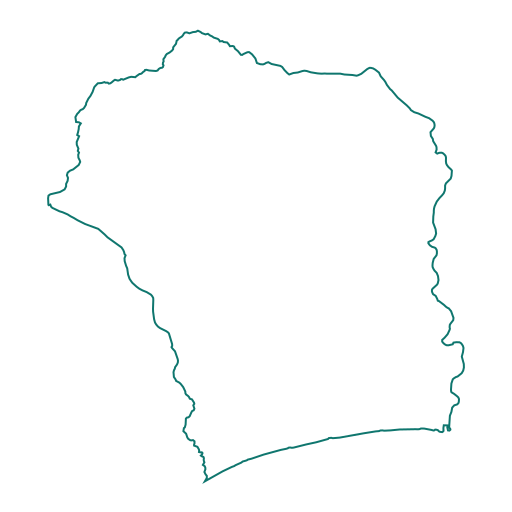 Uatucarbau, Viqueque, East Timor
{"feature_id": "22284137B52677210689185", "entity_name": "Uatucarbau", "entity_type": "district", "adm_level": 2, "iso_a3": "TLS", "parent_name": "East Timor", "parent_adm1": "Viqueque", "projection": "mercator", "projection_center": [126.683, -8.704], "detail": "fine", "context": "isolated", "style": "outline", "palette": "teal", "viewbox_px": 512, "rotation_deg": 0, "n_neighbors": 0, "source": "geoboundaries", "source_scale": "gbopen_adm2", "svg_char_len": 5922}
<svg xmlns="http://www.w3.org/2000/svg" viewBox="0 0 512 512"><path d="M48.4,204.8L48.8,205.2L50.3,204.6L51.1,206.7L52.4,207.9L59.5,211.3L62.5,212.2L67.6,214.4L70.6,216.3L73.7,217.9L77.5,220.2L85.3,224.1L98.3,228.9L104.6,234.4L107.5,237.3L121.5,247.4L123.3,250.1L124.1,252.1L124.5,254.0L125.6,255.3L124.5,258.2L124.7,261.2L126.1,265.8L127.2,268.3L128.1,274.6L128.7,276.3L129.5,278.7L131.0,281.0L132.3,282.8L136.6,286.7L139.3,288.7L142.5,290.4L146.7,292.1L151.0,294.7L152.3,296.3L153.2,298.0L153.3,300.0L153.0,308.8L153.1,311.7L154.1,319.2L155.0,322.5L156.2,324.5L157.9,326.5L159.9,328.0L166.1,331.1L167.9,332.3L168.9,333.4L172.1,344.0L172.2,345.9L171.5,347.1L172.2,348.2L175.0,351.3L177.7,359.1L178.0,360.8L177.8,362.6L177.0,364.5L175.1,367.2L174.8,368.7L174.0,370.2L173.5,372.2L173.9,377.0L175.6,379.5L176.1,380.9L179.3,382.6L180.7,383.9L183.2,387.1L185.3,391.5L185.4,393.2L186.0,394.4L188.1,396.0L189.0,397.0L189.8,398.7L192.0,399.4L194.0,402.6L194.3,403.8L193.3,405.3L194.4,408.7L193.7,410.3L192.2,411.0L191.4,412.3L189.7,416.2L188.5,417.3L186.9,417.6L185.9,418.6L185.6,424.6L184.8,427.4L183.9,428.1L183.4,431.2L186.1,433.7L187.3,437.4L188.2,438.8L190.2,440.2L191.4,440.4L193.0,440.1L194.5,441.3L194.5,443.4L194.1,444.4L194.1,445.6L197.4,446.8L198.9,449.4L199.2,450.8L199.0,452.0L200.6,452.4L201.8,452.3L202.5,453.1L202.0,454.5L200.9,455.6L201.8,456.3L203.4,456.9L203.9,458.1L203.7,459.8L203.9,461.1L204.4,462.3L202.9,464.9L204.7,466.2L205.3,467.6L205.4,469.2L204.4,472.0L205.6,474.4L206.8,475.8L206.8,478.0L204.9,481.3L222.7,471.3L231.9,466.9L234.4,466.0L235.3,465.3L241.3,462.6L242.7,461.5L246.0,460.6L247.2,460.1L247.8,459.6L251.5,458.7L263.6,454.6L280.8,449.9L286.2,448.8L287.8,448.3L288.5,447.7L290.2,447.5L291.9,447.8L293.6,447.6L306.4,444.4L316.1,442.3L328.0,439.0L328.8,438.1L331.2,437.8L332.3,438.1L333.9,438.1L339.7,437.6L363.7,433.3L375.6,431.4L379.0,431.1L380.4,430.5L382.4,430.4L384.2,430.7L390.3,430.4L399.6,429.5L415.6,429.2L418.0,429.3L419.6,429.1L421.0,428.5L422.2,428.5L424.4,428.6L431.3,429.9L433.5,430.5L434.2,430.4L435.2,429.6L436.3,429.7L437.8,430.1L438.9,431.3L439.9,431.8L442.2,432.1L443.3,431.3L443.5,430.6L443.4,428.0L443.8,425.3L447.8,425.4L447.3,427.3L448.0,430.4L449.4,430.6L450.3,429.8L450.4,429.3L450.1,428.6L448.8,427.1L448.8,426.7L449.2,426.5L449.9,415.7L451.4,411.9L452.2,407.6L454.3,405.3L457.0,404.5L458.3,403.3L458.8,401.9L459.0,399.1L458.3,397.4L456.8,396.0L454.0,393.8L451.5,392.3L451.1,391.2L451.0,389.5L451.4,383.5L452.8,379.3L453.8,378.4L455.8,377.1L457.6,376.5L460.1,374.5L461.7,373.2L463.2,370.6L463.9,367.5L463.8,364.0L461.8,356.6L463.0,352.1L463.5,348.0L463.0,346.1L462.0,344.4L460.9,343.1L459.5,342.3L456.4,342.2L453.5,342.6L452.7,344.3L448.4,345.3L446.4,345.2L444.6,344.2L443.0,342.7L442.2,341.6L442.2,339.9L444.5,337.8L447.6,334.2L449.5,330.1L449.9,328.8L449.6,327.1L449.8,324.9L450.4,323.8L453.2,320.2L453.5,317.9L451.1,311.2L448.7,308.3L447.6,307.9L445.9,306.7L444.1,305.0L439.0,301.1L437.8,300.7L437.2,298.9L435.7,295.9L433.1,294.2L432.2,292.3L431.9,291.1L432.0,289.7L432.6,288.7L436.9,284.8L437.7,283.6L438.5,280.1L438.0,276.1L436.7,272.9L434.5,270.6L433.4,268.8L432.6,267.0L432.5,265.3L432.7,262.9L433.7,258.9L436.5,255.3L436.9,253.4L436.9,251.3L436.6,249.8L435.6,248.2L434.7,247.6L432.0,246.8L429.9,245.3L428.4,243.3L428.4,242.1L429.6,241.4L431.8,240.5L433.6,239.3L435.3,236.1L436.1,233.6L435.6,229.3L433.1,222.6L433.3,216.5L433.8,212.6L433.8,210.8L434.0,208.6L434.6,206.3L436.8,201.5L439.5,198.0L442.0,195.4L443.7,193.3L444.8,190.6L445.1,188.4L445.1,185.5L445.9,183.4L450.7,178.6L451.5,175.9L451.9,170.6L451.2,169.6L448.4,167.0L446.9,165.0L446.2,163.5L445.9,161.2L446.0,157.8L445.7,156.2L444.6,154.7L442.9,153.2L441.7,152.7L439.2,152.8L437.2,153.6L435.6,152.4L436.6,149.6L436.5,147.2L436.1,145.9L433.2,141.2L432.8,138.9L430.9,136.0L430.5,132.2L433.8,128.4L434.3,127.3L434.6,125.7L434.5,124.2L434.0,122.4L432.6,120.7L429.1,118.2L425.4,116.8L418.4,113.5L414.2,112.2L410.9,110.1L409.8,108.4L406.7,105.3L397.7,97.6L391.7,90.4L390.1,89.1L386.9,84.9L385.4,82.0L384.0,80.0L380.7,76.3L379.0,72.6L375.3,69.7L373.1,68.4L371.0,67.9L369.4,67.9L367.3,69.0L361.3,73.8L358.3,75.2L356.6,75.7L352.4,75.0L344.4,74.5L340.4,73.7L327.1,73.7L324.8,73.5L321.6,73.7L317.6,73.4L310.8,72.3L306.7,71.0L304.3,70.7L302.2,71.1L297.8,72.5L293.4,73.0L289.2,74.5L287.4,73.1L284.5,70.1L282.2,67.0L280.4,65.9L271.6,64.0L268.3,62.2L266.1,62.9L264.5,63.9L263.0,64.4L260.2,64.2L256.9,63.0L255.4,58.5L252.1,54.4L249.3,52.2L248.2,52.1L247.0,52.4L243.3,54.1L242.2,54.9L240.9,54.8L238.0,51.2L234.9,48.6L234.1,46.6L232.8,46.0L229.9,46.2L229.1,44.8L227.2,42.5L223.5,42.0L222.5,41.1L219.8,41.4L219.1,40.0L217.8,38.9L213.8,37.6L211.8,36.2L210.3,35.6L207.9,33.8L205.5,34.4L201.9,33.1L200.6,32.0L197.9,30.7L195.8,31.8L192.9,32.1L189.4,33.3L186.8,32.4L184.9,32.6L183.9,33.6L183.0,35.2L181.9,36.5L179.5,38.0L178.4,38.9L177.8,39.8L176.7,40.7L176.0,43.8L173.2,47.3L173.1,49.2L172.0,50.6L169.6,52.5L166.8,54.0L165.6,55.5L165.2,56.7L163.4,59.2L163.6,61.5L163.0,62.6L162.8,64.3L163.5,65.3L162.9,67.1L161.9,67.8L160.5,67.9L158.7,69.0L157.6,70.5L155.9,71.0L149.2,70.5L146.4,69.8L145.0,70.0L144.5,71.1L143.3,71.8L141.7,73.4L140.7,73.9L139.5,74.0L136.4,76.2L135.3,77.2L131.2,76.8L128.8,77.4L123.2,79.7L122.2,79.2L121.0,79.1L120.0,80.0L118.0,80.6L115.0,79.8L114.0,80.4L111.4,82.6L110.1,83.4L108.8,83.6L107.8,82.7L105.5,82.7L104.4,82.1L101.6,83.0L97.8,83.3L94.6,86.7L94.1,87.6L92.6,91.9L90.4,96.0L88.4,98.6L86.2,103.0L86.0,104.7L85.0,106.4L84.0,108.0L82.7,109.2L81.3,109.7L80.1,110.5L78.8,112.3L77.2,113.9L75.4,117.1L76.1,122.0L78.9,122.3L80.8,123.4L78.9,126.4L78.7,129.1L78.0,132.4L77.2,135.0L79.1,136.2L76.7,142.0L76.8,144.8L78.4,148.6L77.8,150.9L79.0,152.6L78.2,154.8L78.4,157.7L79.7,160.3L80.2,161.9L78.7,165.0L73.2,169.4L70.0,170.7L67.7,172.6L66.9,175.2L68.0,177.9L67.6,180.9L66.1,183.9L66.1,186.5L64.6,189.4L60.0,192.0L50.3,194.3L48.5,195.6L48.1,198.2L48.4,204.8Z" fill="none" stroke="#0f766e" stroke-width="2"/></svg>